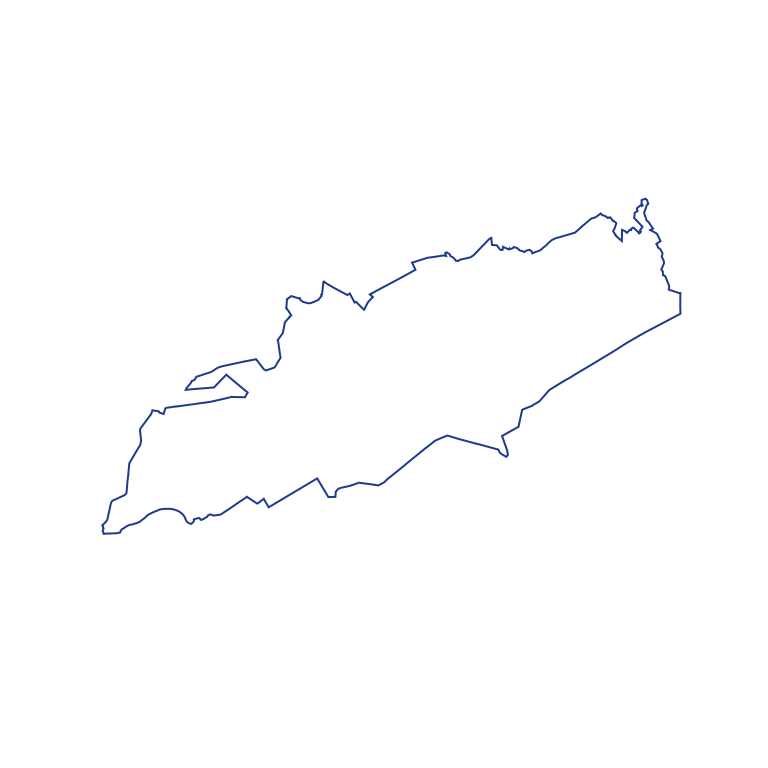 the district of Bebru pag., Kokneses, Latvia, rotated 333°
{"feature_id": "27541924B18398292435736", "entity_name": "Bebru pag.", "entity_type": "district", "adm_level": 2, "iso_a3": "LVA", "parent_name": "Latvia", "parent_adm1": "Kokneses", "projection": "mercator", "projection_center": [25.446, 56.734], "detail": "fine", "context": "isolated", "style": "outline", "palette": "blue", "viewbox_px": 768, "rotation_deg": 333, "n_neighbors": 0, "source": "geoboundaries", "source_scale": "gbopen_adm2", "svg_char_len": 6043}
<svg xmlns="http://www.w3.org/2000/svg" viewBox="0 0 768 768"><g transform="rotate(333 384 384)"><path d="M654.4,330.4L649.2,331.4L646.9,331.3L643.9,330.7L636.8,332.3L635.0,332.8L633.3,333.1L627.3,334.8L622.4,335.9L620.2,335.2L620.0,335.3L606.6,332.8L603.6,332.1L598.8,331.9L594.6,333.0L591.3,334.1L586.5,335.1L584.2,335.8L581.4,335.6L578.9,335.1L575.5,335.0L575.7,332.8L574.7,330.6L572.7,330.1L572.0,329.7L569.0,330.2L568.0,328.8L565.8,326.9L564.3,323.3L561.9,320.9L560.2,321.5L557.4,321.0L557.3,320.2L556.3,320.7L552.2,315.8L550.6,318.3L549.2,317.9L548.5,317.0L547.5,311.6L547.2,311.6L543.4,309.1L545.9,302.6L545.6,302.6L545.4,302.4L543.5,302.6L534.0,305.9L522.4,309.9L518.4,310.4L518.5,310.4L507.9,307.7L506.2,308.2L504.7,307.0L504.1,307.0L503.3,303.3L501.2,299.9L501.5,298.1L499.5,295.1L498.0,295.1L497.5,298.2L495.5,296.5L485.4,293.2L481.4,291.7L480.0,291.3L464.1,288.6L463.9,296.5L448.5,297.0L422.6,297.5L412.1,297.7L413.6,301.5L408.3,303.3L406.8,303.9L405.6,304.7L400.0,308.8L399.7,308.3L397.2,300.6L396.4,298.1L394.8,298.1L394.7,291.9L394.6,287.8L391.7,288.1L384.7,277.9L383.0,275.6L381.5,273.2L378.1,267.9L377.0,265.4L376.4,265.5L376.1,265.7L376.0,266.1L370.9,273.9L369.5,275.7L369.2,275.9L368.5,276.0L368.5,277.1L363.6,279.3L355.7,278.7L353.1,277.7L349.1,274.1L347.6,270.8L348.1,269.4L347.5,269.2L346.6,268.8L346.4,268.5L341.2,263.5L338.3,264.1L337.8,264.0L337.4,264.3L335.7,264.5L335.6,264.9L335.6,265.2L332.1,270.9L331.3,271.9L331.7,272.6L331.5,273.2L331.7,273.3L332.2,277.1L332.4,280.9L331.9,280.9L329.7,281.5L329.3,282.1L328.8,282.0L323.7,284.0L320.4,288.4L316.7,292.9L314.8,293.8L309.2,296.7L309.3,297.2L303.6,313.9L303.0,314.1L294.0,319.6L285.3,318.4L284.9,318.3L283.6,316.3L281.3,303.9L269.3,300.4L248.1,294.8L243.5,294.0L235.3,294.8L222.0,292.7L220.0,292.4L217.0,294.4L214.0,294.1L211.7,295.8L210.7,296.1L206.3,297.9L204.7,299.2L212.8,302.4L230.9,309.9L247.7,304.1L255.3,322.0L258.7,329.7L256.6,331.0L254.1,332.7L241.7,326.0L239.4,325.7L221.0,321.0L188.7,309.8L188.8,309.7L186.0,308.6L185.3,308.5L179.1,306.4L178.2,306.4L174.0,310.7L170.8,307.3L170.9,306.1L165.7,302.3L165.5,302.6L163.5,304.5L162.8,305.1L147.5,312.7L146.5,313.4L146.1,313.7L145.8,314.1L145.5,314.7L143.9,318.9L143.4,320.2L142.5,322.7L141.8,324.3L139.4,327.3L138.9,327.8L133.0,331.4L121.3,338.9L121.0,339.3L120.7,339.6L113.8,350.5L111.8,353.4L109.6,356.9L105.6,363.4L104.5,364.7L101.8,365.3L99.0,365.1L91.7,364.9L90.3,364.7L89.8,364.7L88.5,364.9L87.3,365.6L85.9,367.0L83.6,369.9L75.9,379.2L74.8,379.9L73.8,380.5L69.0,381.9L68.7,382.2L68.8,382.6L69.1,383.2L69.1,383.7L68.5,384.3L68.4,384.5L68.3,384.9L68.4,385.6L67.9,386.0L67.5,386.5L67.1,386.7L66.5,387.2L66.4,387.7L66.6,388.7L66.5,389.3L66.1,390.1L77.8,395.5L81.5,396.5L82.5,395.6L84.1,394.5L86.0,394.4L86.6,394.4L88.3,394.1L91.4,393.9L93.0,393.9L95.9,394.8L99.0,395.3L100.2,395.7L103.7,395.9L104.2,395.9L106.0,395.3L108.0,395.1L110.9,394.5L113.5,393.6L115.6,393.4L121.0,393.5L124.5,393.9L126.2,393.9L127.9,394.2L131.3,395.4L136.4,397.9L138.8,399.5L140.0,400.6L141.8,402.4L143.3,404.2L144.0,405.4L144.7,406.9L145.4,408.6L145.8,410.1L145.9,411.1L146.0,412.1L145.9,413.3L145.7,416.1L145.8,417.2L146.2,418.2L146.8,418.9L147.7,420.2L148.5,421.0L148.8,421.1L149.8,420.9L152.0,420.1L152.5,419.8L152.9,418.5L153.4,418.2L153.5,418.2L158.0,419.3L158.7,419.7L158.9,420.2L158.9,421.1L159.0,421.6L159.3,422.0L159.8,422.3L160.2,422.3L161.1,422.1L162.0,422.4L162.6,422.3L163.4,422.1L165.5,422.1L166.3,422.0L166.9,421.4L167.1,421.3L168.6,421.3L169.6,421.2L170.3,421.6L171.5,422.8L172.1,423.6L172.4,423.8L173.3,424.2L179.2,426.2L191.1,424.8L201.5,423.4L209.1,422.6L210.5,422.1L214.2,428.6L216.7,432.9L217.2,433.1L224.8,431.7L224.9,435.6L225.3,441.5L281.6,437.8L283.1,459.5L289.5,462.5L291.2,459.6L292.2,458.0L295.6,456.6L298.7,457.0L301.8,457.9L307.3,459.2L310.8,459.8L316.9,460.6L327.8,468.1L332.9,471.8L339.5,471.7L343.4,470.4L361.7,466.6L376.9,463.2L383.3,461.9L386.4,461.2L386.7,461.1L389.4,460.6L389.9,460.4L391.7,460.0L393.0,459.9L403.8,457.7L409.4,458.0L417.1,458.7L419.3,460.7L419.4,461.0L426.5,467.7L440.1,480.0L441.1,480.7L455.7,494.0L456.2,494.5L456.0,497.9L458.2,501.9L460.0,504.5L462.1,503.3L462.3,503.3L463.4,499.7L463.5,499.5L463.4,499.4L463.8,497.3L465.6,483.9L484.4,483.2L495.4,469.7L500.5,470.1L506.2,470.7L506.6,470.5L514.6,470.0L528.7,464.4L544.3,463.1L553.1,462.7L558.8,462.2L578.8,460.9L605.8,458.9L617.9,457.7L628.2,457.1L630.8,457.0L631.3,456.9L641.9,456.5L658.7,456.3L677.6,456.0L679.5,456.1L680.1,455.9L682.0,451.8L683.3,449.2L689.3,437.6L689.0,437.5L687.7,436.4L683.3,431.9L680.8,429.6L680.7,429.5L680.6,429.3L680.7,429.0L682.5,426.4L682.7,424.9L683.4,417.2L683.5,415.6L683.5,415.3L682.0,413.7L683.5,410.3L683.5,410.1L682.9,408.2L683.1,407.9L688.0,403.8L688.5,403.2L688.7,402.8L688.9,402.2L689.3,399.7L689.2,396.8L690.6,395.2L691.5,394.0L691.5,392.8L691.5,392.1L691.5,390.2L691.1,388.7L690.5,387.6L690.1,386.7L690.2,386.2L690.2,385.9L690.4,385.0L690.4,384.2L690.3,383.4L690.3,382.8L695.3,382.2L695.4,373.9L691.2,367.7L694.2,367.7L694.3,367.7L693.8,364.2L693.4,361.3L693.3,359.9L692.2,357.5L692.6,355.5L692.8,354.2L692.8,352.8L693.5,349.5L698.1,345.2L699.2,343.9L701.2,343.5L701.9,339.6L701.1,337.7L700.4,337.7L698.8,337.2L697.0,337.2L695.6,339.8L695.5,342.4L694.5,342.4L694.4,341.1L689.3,342.2L688.6,343.2L688.5,345.0L685.1,345.3L682.3,349.7L683.4,353.4L685.7,361.3L681.7,363.4L681.6,363.6L682.0,364.9L680.4,365.7L679.6,365.6L679.6,364.6L679.4,363.8L677.4,358.4L677.2,357.9L676.8,357.7L674.7,358.0L674.1,359.0L673.4,358.3L670.7,358.9L669.1,359.6L668.0,357.0L666.1,354.7L660.8,364.6L658.0,357.5L658.1,356.6L657.8,356.3L657.7,356.1L658.0,355.8L657.5,352.6L657.5,352.0L657.8,351.6L660.3,349.9L662.6,347.6L663.5,346.8L663.8,346.4L663.9,345.9L663.8,345.3L663.3,344.2L662.9,343.8L662.7,343.5L662.7,343.2L662.6,342.7L661.8,342.3L661.8,341.3L661.7,340.1L661.5,339.6L661.1,339.0L661.3,338.4L661.0,338.0L660.5,338.0L659.8,337.7L658.9,337.8L658.7,337.7L658.4,337.0L658.3,336.6L657.9,335.6L656.4,333.8L655.4,332.8L654.8,332.0L654.8,331.2L654.4,330.4Z" fill="none" stroke="#1e3a8a" stroke-width="2"/></g></svg>